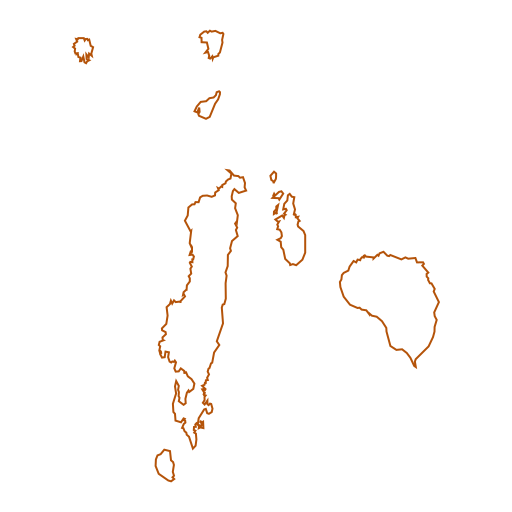 Romblon, Romblon, Philippines
{"feature_id": "2640588B50983171828902", "entity_name": "Romblon", "entity_type": "district", "adm_level": 2, "iso_a3": "PHL", "parent_name": "Philippines", "parent_adm1": "Romblon", "projection": "equal_earth", "projection_center": [122.122, 12.497], "detail": "fine", "context": "isolated", "style": "outline", "palette": "amber", "viewbox_px": 512, "rotation_deg": 0, "n_neighbors": 0, "source": "geoboundaries", "source_scale": "gbopen_adm2", "svg_char_len": 6026}
<svg xmlns="http://www.w3.org/2000/svg" viewBox="0 0 512 512"><path d="M227.5,170.2L231.4,173.6L230.5,178.5L228.1,179.5L225.9,181.5L225.5,183.3L222.3,185.0L222.2,186.9L221.2,186.5L219.0,188.6L217.9,188.0L218.7,190.2L215.2,192.5L215.0,195.4L211.7,196.8L207.1,195.5L202.7,195.8L200.1,197.4L198.6,202.2L195.5,202.1L194.5,204.3L192.1,204.4L188.4,207.5L187.7,215.5L184.9,220.7L190.6,231.4L191.2,230.8L189.7,243.2L191.7,247.8L191.9,247.0L192.0,247.2L192.0,251.9L190.9,252.9L190.5,252.2L189.6,255.0L192.5,254.6L193.9,256.5L193.2,259.3L192.3,259.4L192.4,262.2L190.3,261.9L189.8,262.8L191.8,266.6L190.4,268.7L191.2,273.6L188.7,276.2L189.8,278.3L189.8,281.5L186.9,285.3L186.5,290.7L186.3,289.7L183.6,292.2L183.1,294.7L183.8,294.1L185.0,296.4L180.5,301.2L180.6,302.9L180.3,301.5L175.7,302.1L174.0,300.4L172.2,303.6L170.9,300.7L169.9,304.1L166.6,307.2L167.6,315.6L166.3,323.9L161.9,328.4L162.1,330.3L165.6,332.1L165.9,334.2L162.5,337.4L162.7,339.9L163.5,340.3L159.6,341.8L158.8,345.0L160.2,346.3L159.3,350.5L159.8,352.2L160.2,350.8L160.9,351.5L161.2,353.1L160.2,354.1L162.0,357.6L164.7,357.2L165.5,351.6L168.9,352.3L168.1,357.1L169.6,361.6L171.2,362.5L172.3,361.5L173.9,361.9L174.8,360.6L176.0,362.3L174.3,368.3L175.7,371.6L178.7,371.4L180.8,368.4L184.2,370.9L184.4,373.8L184.6,372.3L186.0,372.2L187.8,376.3L191.5,379.1L194.4,383.6L193.3,388.9L189.2,392.0L188.5,390.5L186.9,392.7L185.4,398.9L185.7,403.2L183.6,404.8L178.8,401.2L179.5,397.8L178.6,396.1L178.9,392.1L178.1,389.8L178.8,385.9L176.2,381.1L175.0,386.4L176.1,393.5L172.9,403.8L173.4,412.0L175.0,413.8L175.5,420.6L181.0,422.3L183.6,418.4L184.8,418.9L183.9,420.2L185.2,420.8L185.4,422.6L183.8,423.9L182.1,427.9L183.4,428.2L184.6,431.3L186.3,432.6L186.7,434.7L189.0,436.7L192.9,448.6L195.6,445.7L196.4,439.5L195.9,433.6L194.2,432.6L195.4,430.7L193.8,430.0L194.0,427.0L195.8,426.8L195.3,424.5L196.5,423.2L197.7,424.6L198.7,418.2L204.2,409.4L205.8,408.9L207.2,413.2L208.9,413.8L211.7,412.1L212.5,408.7L211.2,404.0L210.0,403.6L208.6,405.1L207.4,404.1L207.4,400.6L204.6,404.5L202.9,402.8L204.6,400.1L204.5,396.9L205.6,395.5L204.2,395.1L204.6,393.4L203.9,393.6L204.2,392.5L202.2,389.3L203.9,389.0L205.0,390.0L205.5,389.1L202.1,385.8L204.5,384.8L204.9,382.9L205.7,383.0L205.9,380.3L207.8,380.0L207.1,377.8L209.0,374.4L207.7,371.6L208.5,368.7L209.5,368.0L211.0,363.4L212.2,362.7L214.1,352.5L219.3,345.0L216.8,341.3L223.0,323.4L221.8,307.6L222.7,304.6L224.3,304.1L225.8,298.7L225.6,283.2L226.6,275.7L225.5,272.4L227.7,266.1L227.9,254.9L230.9,250.9L230.1,248.3L232.0,241.0L237.7,236.1L235.9,230.0L237.2,227.6L235.1,223.6L236.5,221.7L236.9,222.5L237.8,215.2L235.1,208.2L235.8,203.3L231.9,199.6L231.7,196.3L232.9,191.1L234.4,189.1L238.8,192.9L246.1,190.6L244.6,187.3L245.0,183.0L243.0,177.2L240.0,177.7L238.4,176.1L234.0,175.6L229.6,170.5L227.5,170.2ZM383.5,251.8L379.6,253.3L378.5,255.7L377.4,254.8L373.5,258.6L373.5,257.4L366.0,256.6L364.8,255.3L363.8,255.8L364.1,257.9L363.4,256.6L363.5,257.5L362.2,257.1L360.6,258.8L360.2,260.2L357.6,259.6L356.2,262.4L353.6,261.0L349.6,266.6L348.3,270.6L343.7,272.9L341.9,275.1L341.4,279.5L339.9,282.0L340.4,287.1L343.7,296.7L350.0,304.7L357.6,308.0L359.6,307.7L361.6,309.6L366.3,310.3L369.3,314.3L369.4,313.5L371.9,315.7L376.7,316.7L382.0,321.2L386.3,327.9L386.5,331.5L390.4,346.0L396.4,349.9L402.1,349.3L406.8,353.0L410.4,357.8L414.2,365.9L415.8,367.0L414.9,361.6L415.7,359.2L428.6,346.4L433.0,337.1L434.5,331.6L434.6,326.9L436.7,319.9L434.7,316.1L434.2,312.4L438.9,302.1L433.7,291.5L434.7,288.9L431.5,283.4L429.9,283.3L428.1,279.9L428.3,278.3L426.7,276.6L426.6,274.0L428.3,272.6L422.3,265.6L423.9,263.9L423.0,262.3L417.0,262.4L415.4,258.0L408.2,258.7L405.4,257.4L401.4,259.4L390.3,255.0L389.1,256.1L387.3,255.7L383.5,251.8ZM289.7,193.9L287.9,195.3L287.3,200.5L284.3,203.8L283.2,209.4L285.9,208.8L286.7,210.2L284.1,213.6L285.5,214.7L284.5,215.2L283.9,217.9L282.2,215.5L275.4,219.5L278.0,221.8L279.1,221.5L277.3,224.6L278.1,226.3L277.2,229.2L279.7,229.7L281.4,232.4L281.9,236.1L280.7,238.2L277.4,239.8L280.7,241.7L281.2,247.2L283.3,249.7L285.2,258.9L289.9,263.4L290.2,265.0L292.9,264.1L296.2,265.2L302.4,259.7L305.2,252.7L305.2,235.1L303.5,231.0L298.1,226.5L297.6,224.6L298.4,221.5L299.6,220.9L297.3,218.2L298.1,216.8L295.8,217.2L295.7,214.7L294.8,214.0L294.1,214.7L293.8,214.5L295.0,209.4L293.2,203.5L294.3,197.2L291.8,196.7L289.7,193.9ZM209.9,30.7L207.7,32.8L206.4,31.3L204.2,31.6L200.3,34.7L199.5,37.2L201.5,37.8L201.6,42.2L206.9,42.5L208.4,48.8L205.3,52.7L208.0,52.0L209.2,55.7L208.7,58.0L210.1,58.6L212.3,56.3L212.7,58.8L213.3,57.3L218.3,55.7L218.4,53.9L219.9,52.5L222.5,42.6L222.1,39.9L223.4,34.0L222.6,32.8L220.3,33.3L215.4,30.9L211.6,31.6L209.9,30.7ZM170.0,451.1L164.3,449.7L160.6,454.2L157.5,455.4L155.9,459.4L155.6,466.0L158.7,473.8L168.3,480.5L171.1,481.3L174.2,479.0L172.5,477.3L174.0,475.7L172.8,471.9L173.9,464.9L173.1,462.1L171.0,460.3L170.0,451.1ZM219.1,91.3L216.7,92.2L215.9,95.2L213.6,97.5L209.4,98.2L206.2,101.2L200.7,101.9L196.8,106.5L194.5,111.3L197.3,112.4L199.2,107.6L199.6,111.9L198.3,114.0L199.0,115.8L206.0,118.8L209.7,116.9L215.1,103.7L218.1,99.4L219.9,94.3L220.0,92.2L219.1,91.3ZM83.8,38.1L78.3,38.1L77.8,39.2L76.1,38.9L77.2,41.6L73.9,43.9L74.6,45.7L73.1,47.0L75.1,48.6L74.7,51.4L75.4,53.4L77.4,53.2L76.9,54.3L77.9,54.2L78.4,57.0L80.4,57.6L80.0,61.2L81.4,61.1L83.3,56.5L84.5,62.3L86.1,63.2L87.1,61.4L89.2,60.3L86.6,59.0L86.4,54.4L88.7,57.4L89.1,53.6L91.8,55.8L91.3,53.6L93.1,47.2L90.7,45.8L89.2,39.6L87.9,40.2L87.3,38.9L85.7,39.0L84.7,40.5L83.8,38.1ZM281.4,191.3L279.0,191.9L275.0,195.6L274.1,193.8L273.3,195.6L273.9,196.4L272.5,197.9L278.6,198.2L279.3,199.6L283.2,193.6L281.4,191.3ZM274.0,171.7L270.4,175.8L271.3,179.9L273.5,181.4L273.5,183.2L275.9,178.8L276.1,176.3L276.1,173.5L274.0,171.7ZM276.6,211.9L278.1,205.0L276.3,206.5L276.3,209.1L274.0,211.6L273.9,214.0L276.0,212.7L276.9,214.1L276.6,211.9ZM203.1,421.7L201.3,422.8L201.6,424.9L200.8,426.4L199.3,425.3L198.8,428.2L200.4,427.4L203.4,428.1L203.1,421.7ZM201.6,421.8L200.6,421.4L200.0,422.8L200.7,421.9L201.6,421.8Z" fill="none" stroke="#b45309" stroke-width="2"/></svg>